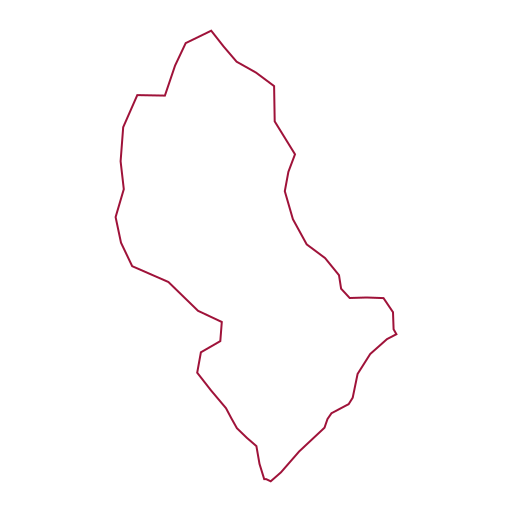 map outline of San Cristóbal (orthographic projection)
{"feature_id": "DOM-1984", "entity_name": "San Cristóbal", "entity_type": "Province", "adm_level": 1, "iso_a3": "DOM", "parent_name": "Dominican Republic", "parent_adm1": "", "projection": "orthographic", "projection_center": [-70.18, 18.517], "detail": "fine", "context": "isolated", "style": "outline", "palette": "rose", "viewbox_px": 512, "rotation_deg": 0, "n_neighbors": 0, "source": "natural_earth", "source_scale": "10m", "svg_char_len": 802}
<svg xmlns="http://www.w3.org/2000/svg" viewBox="0 0 512 512"><path d="M396.4,334.2L387.0,339.1L370.2,354.0L357.6,373.9L352.7,397.7L348.7,404.1L331.5,413.2L327.5,419.0L324.5,427.7L299.2,451.4L280.9,472.4L270.7,481.3L266.1,479.1L264.2,479.1L259.5,463.9L256.4,446.1L246.8,437.8L236.9,428.2L231.3,418.2L226.0,408.2L211.0,390.4L197.2,372.7L200.9,352.3L220.3,341.1L221.8,322.0L198.0,310.8L168.4,282.0L132.2,266.2L121.0,242.7L115.6,217.1L123.8,189.2L120.6,161.3L123.2,127.2L137.3,95.1L164.9,95.6L175.1,65.5L185.7,43.1L211.2,30.7L223.6,46.5L236.6,61.7L256.0,72.6L274.1,86.1L274.7,121.4L295.0,154.3L288.4,171.8L284.8,191.2L292.9,219.2L306.7,244.4L325.1,258.1L339.0,275.2L341.1,288.7L349.7,298.0L366.6,297.5L383.5,298.1L393.0,312.2L393.6,329.3L396.4,334.2Z" fill="none" stroke="#9f1239" stroke-width="2"/></svg>